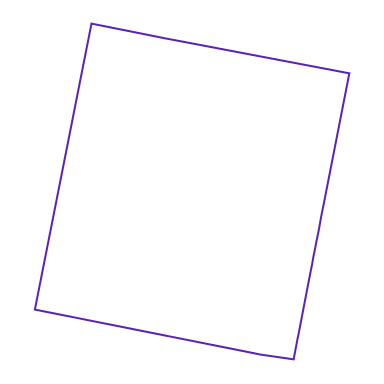 Moody, South Dakota, United States of America, rotated 11°
{"feature_id": "52423323B47185171821034", "entity_name": "Moody", "entity_type": "district", "adm_level": 2, "iso_a3": "USA", "parent_name": "United States of America", "parent_adm1": "South Dakota", "projection": "albers", "projection_center": [-96.52, 44.022], "detail": "fine", "context": "isolated", "style": "outline", "palette": "violet", "viewbox_px": 384, "rotation_deg": 11, "n_neighbors": 0, "source": "geoboundaries", "source_scale": "gbopen_adm2", "svg_char_len": 446}
<svg xmlns="http://www.w3.org/2000/svg" viewBox="0 0 384 384"><g transform="rotate(11 192 192)"><path d="M61.2,45.9L60.2,337.4L290.5,338.5L323.7,336.9L323.6,313.8L323.7,312.5L323.7,312.4L323.6,253.3L323.6,251.9L323.7,238.7L323.6,238.2L323.5,229.0L323.6,227.2L323.6,216.6L323.6,215.0L323.7,204.8L323.7,203.2L323.5,190.7L323.5,189.3L323.6,180.0L323.6,178.4L323.8,45.5L134.8,46.3L61.2,45.9Z" fill="none" stroke="#5b21b6" stroke-width="2"/></g></svg>